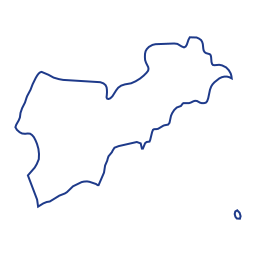 SVG path tracing the border of Bình Thuận
{"feature_id": "VNM-496", "entity_name": "Bình Thuận", "entity_type": "Province", "adm_level": 1, "iso_a3": "VNM", "parent_name": "Vietnam", "parent_adm1": "", "projection": "natural_earth1", "projection_center": [108.248, 11.033], "detail": "fine", "context": "isolated", "style": "outline", "palette": "blue", "viewbox_px": 256, "rotation_deg": 0, "n_neighbors": 0, "source": "natural_earth", "source_scale": "10m", "svg_char_len": 2168}
<svg xmlns="http://www.w3.org/2000/svg" viewBox="0 0 256 256"><path d="M231.7,78.4L229.3,77.2L227.0,76.6L224.4,76.6L221.8,77.2L219.3,78.4L214.4,82.3L212.5,84.4L211.2,86.5L210.0,89.7L208.2,98.3L207.1,101.3L205.8,102.7L204.1,103.1L201.6,103.1L200.1,102.7L197.0,101.0L195.1,100.8L193.6,101.2L190.7,102.6L189.1,103.1L183.5,103.1L182.7,103.6L180.9,106.0L176.8,107.5L174.2,110.0L172.2,113.1L171.0,115.8L169.5,122.8L168.1,124.6L164.4,125.3L163.3,125.7L158.1,128.8L156.5,129.1L154.1,129.2L153.0,129.8L152.1,132.1L150.2,139.9L149.5,141.6L146.6,142.0L145.1,143.2L142.9,148.6L141.9,148.6L140.7,143.4L136.8,142.0L118.7,146.1L114.5,147.7L112.7,150.5L111.9,152.2L108.5,156.3L107.7,158.7L107.2,160.7L105.1,165.5L104.0,172.6L98.6,185.1L97.6,185.1L96.0,184.0L89.5,181.8L87.0,181.4L83.9,181.6L81.6,182.1L73.0,186.3L66.9,192.2L64.8,193.5L59.4,195.6L49.8,201.5L46.7,202.0L43.3,203.4L38.1,206.6L37.1,199.6L27.9,175.4L34.7,167.6L36.8,164.0L38.8,159.2L39.0,154.0L38.4,148.8L37.0,143.9L35.6,140.5L33.9,137.2L32.1,135.1L30.1,133.7L27.7,133.5L25.1,133.8L22.1,133.5L19.6,132.2L16.9,129.8L15.4,127.2L16.2,124.8L18.7,120.4L19.9,117.5L20.5,112.9L22.1,108.2L25.0,102.5L26.5,97.8L27.2,96.0L30.5,89.8L32.6,84.3L35.8,77.8L37.3,75.3L38.7,73.5L39.8,72.6L40.5,72.2L41.6,71.9L48.5,74.8L53.6,77.6L58.8,79.1L63.1,79.9L100.3,82.2L103.5,83.4L105.6,85.2L106.6,87.4L106.9,89.6L107.0,92.1L106.8,95.3L106.6,96.5L106.6,97.6L107.2,98.7L108.5,99.0L110.3,98.3L112.4,96.3L116.2,90.3L118.2,87.7L121.2,85.6L124.9,84.4L131.1,83.3L135.6,81.3L140.0,78.6L143.7,75.6L146.5,72.8L148.1,70.7L148.5,68.9L148.2,67.1L146.0,62.7L145.1,60.0L144.9,57.0L145.0,53.9L145.6,51.2L146.8,49.1L148.9,46.9L152.5,44.9L155.5,44.2L174.2,43.5L177.4,43.9L181.6,46.4L184.0,47.4L185.6,46.6L186.8,44.7L188.5,39.7L189.8,37.3L196.6,37.5L199.0,38.6L201.1,40.1L202.2,42.0L202.8,44.0L203.3,48.7L203.7,50.6L204.7,52.2L206.0,53.1L209.8,54.2L210.7,55.3L211.1,57.1L211.5,62.0L212.1,64.0L213.0,65.0L214.6,65.2L219.2,64.8L222.1,65.4L226.1,67.4L228.8,70.2L230.7,73.5L231.4,76.0L231.7,78.4L231.7,78.4ZM237.2,210.3L239.6,212.8L240.6,216.2L239.9,218.7L236.8,218.5L235.4,216.7L234.7,214.0L235.3,211.5L237.2,210.3Z" fill="none" stroke="#1e3a8a" stroke-width="2"/></svg>